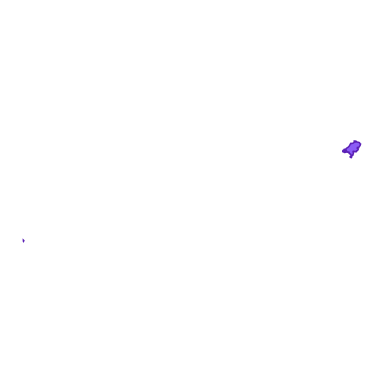 SVG path tracing the border of Netherlands, rotated 18°
{"feature_id": "NLD", "entity_name": "Netherlands", "entity_type": "country or territory", "adm_level": 0, "iso_a3": "NLD", "parent_name": "Europe", "parent_adm1": "", "projection": "mercator", "projection_center": [-0.602, 32.829], "detail": "fine", "context": "isolated", "style": "filled", "palette": "violet", "viewbox_px": 384, "rotation_deg": 18, "n_neighbors": 0, "source": "natural_earth", "source_scale": "50m", "svg_char_len": 2470}
<svg xmlns="http://www.w3.org/2000/svg" viewBox="0 0 384 384"><g transform="rotate(18 192 192)"><path d="M332.9,110.1L332.5,110.1L332.1,110.1L331.9,110.1L331.7,110.0L331.6,109.8L331.5,109.6L331.5,109.4L331.9,109.0L331.9,108.9L331.9,108.7L332.2,108.1L332.2,107.8L332.1,107.7L331.9,107.6L331.4,107.4L331.1,107.1L331.0,106.9L330.9,106.9L330.7,106.9L330.2,107.0L329.9,106.9L329.4,106.5L329.3,106.1L329.3,105.8L329.2,105.7L329.0,105.9L328.8,106.1L328.5,106.1L328.3,106.1L328.3,105.9L328.2,105.7L327.6,106.0L327.2,105.8L327.1,105.7L326.9,105.8L326.7,106.0L326.7,106.3L326.4,106.4L326.1,106.2L325.7,106.1L325.2,105.9L324.5,106.1L324.0,105.8L323.6,105.8L323.3,105.6L323.1,105.3L323.3,105.1L324.2,104.9L324.7,105.1L325.7,105.8L326.0,105.8L326.2,105.7L325.9,105.4L325.5,105.2L325.2,104.9L325.9,104.8L325.8,104.7L325.7,104.5L325.0,103.6L325.1,103.4L325.3,102.9L325.5,102.5L325.7,102.3L326.0,102.0L326.6,101.2L327.0,100.5L327.4,99.6L327.8,97.3L327.9,96.9L328.1,96.5L328.4,96.5L328.6,96.7L329.3,96.3L330.4,95.5L330.8,94.7L331.1,94.4L332.4,93.7L333.1,93.5L334.2,93.4L335.1,93.3L336.0,93.3L336.4,93.7L336.6,94.0L337.0,94.2L337.5,94.3L337.5,94.9L337.5,96.1L337.4,96.3L337.2,96.8L336.9,97.7L336.9,98.3L335.8,98.4L335.6,98.5L335.7,98.8L335.6,99.0L335.6,99.3L335.8,99.5L336.1,99.6L336.4,99.6L336.6,99.6L336.7,99.8L336.9,100.0L336.9,100.3L336.8,100.7L336.7,101.1L336.2,101.6L335.8,101.8L335.7,101.9L335.6,102.1L336.0,102.5L335.9,102.8L335.7,103.0L334.9,103.3L334.5,103.3L334.3,103.5L334.0,103.3L333.5,103.2L333.3,103.2L333.2,103.3L332.9,103.5L332.7,103.6L332.7,103.9L333.1,104.5L333.2,104.9L333.4,105.2L333.6,105.6L333.7,105.8L333.6,106.1L333.5,106.4L333.2,107.2L333.2,107.4L333.2,107.5L333.3,107.5L332.7,108.3L332.4,108.3L332.4,108.6L332.5,108.7L332.7,108.8L332.9,108.9L333.1,109.2L332.9,110.1ZM326.1,106.2L326.0,106.5L325.9,106.7L325.3,107.1L324.8,107.3L324.5,107.3L324.3,107.2L324.2,107.0L324.0,106.9L323.6,106.8L323.3,107.0L323.2,107.1L322.9,107.0L322.8,106.8L322.7,106.3L323.0,106.2L323.6,106.1L324.1,106.3L324.7,106.4L325.2,106.2L325.6,106.4L326.1,106.2ZM325.0,104.0L325.4,104.4L325.4,104.5L325.5,104.6L325.0,104.7L324.5,104.3L324.2,104.4L324.0,104.2L324.4,104.0L325.0,104.0ZM47.1,290.5L47.0,291.0L46.8,290.8L46.8,290.4L46.7,290.3L46.6,290.2L46.5,289.9L47.1,290.2L47.1,290.5ZM330.3,93.6L329.9,93.7L330.6,93.3L331.2,93.2L331.3,93.3L330.3,93.6ZM332.6,93.1L331.9,93.2L331.6,93.2L331.8,93.0L332.4,93.0L332.6,93.1L332.6,93.1Z" fill="#8b5cf6" stroke="#5b21b6" stroke-width="1.5"/></g></svg>